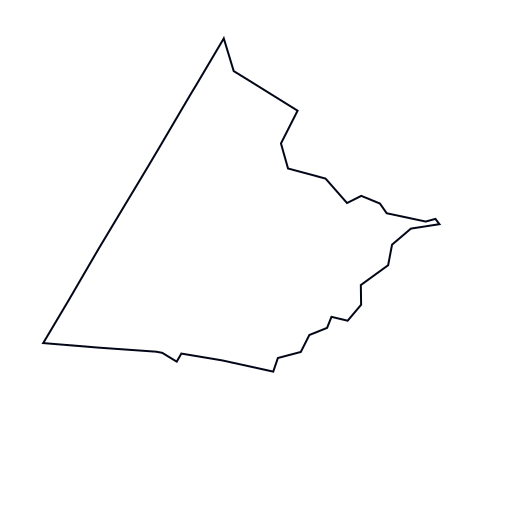 Cherokee, South Carolina, United States of America (Albers equal-area conic projection), rotated 298°
{"feature_id": "52423323B2982594216676", "entity_name": "Cherokee", "entity_type": "district", "adm_level": 2, "iso_a3": "USA", "parent_name": "United States of America", "parent_adm1": "South Carolina", "projection": "albers", "projection_center": [-81.606, 35.012], "detail": "fine", "context": "isolated", "style": "outline", "palette": "ink", "viewbox_px": 512, "rotation_deg": 298, "n_neighbors": 0, "source": "geoboundaries", "source_scale": "gbopen_adm2", "svg_char_len": 789}
<svg xmlns="http://www.w3.org/2000/svg" viewBox="0 0 512 512"><g transform="rotate(298 256 256)"><path d="M370.2,403.0L373.0,397.0L366.1,389.7L355.1,351.3L360.5,340.8L358.5,320.7L345.5,311.5L357.0,281.1L348.3,243.2L367.1,225.2L403.8,224.5L407.2,174.5L408.8,149.5L433.0,125.4L432.9,125.4L377.9,122.9L373.2,122.6L366.9,122.3L344.6,121.3L344.0,121.3L308.6,119.8L283.1,118.6L260.0,117.4L237.8,116.2L214.1,115.0L189.4,113.7L173.9,113.1L153.3,112.3L150.3,112.2L129.6,111.4L79.2,109.0L101.4,160.5L107.4,174.0L124.6,212.7L126.5,218.7L126.1,225.1L125.5,235.6L134.8,235.9L147.9,275.0L162.0,325.5L176.2,323.2L192.3,340.6L211.3,340.2L225.9,352.5L237.7,351.2L241.9,367.3L262.3,371.7L279.6,362.2L309.9,377.0L329.9,370.8L352.9,379.9L370.2,403.0Z" fill="none" stroke="#020617" stroke-width="2"/></g></svg>